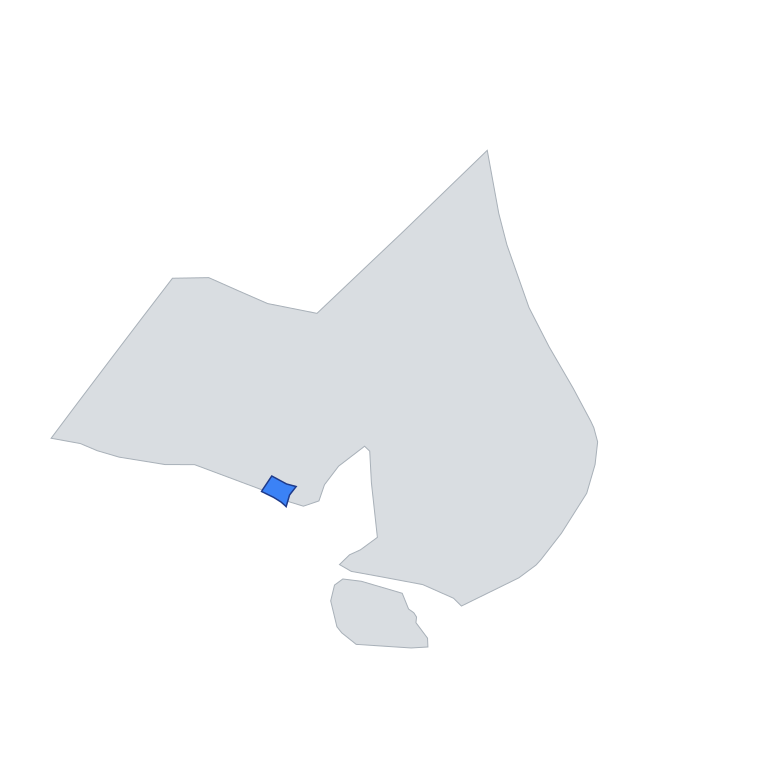 location of Mubarak Al-Kabeer within Kuwait, rotated 128°
{"feature_id": "KWT-1666", "entity_name": "Mubarak Al-Kabeer", "entity_type": "Province", "adm_level": 1, "iso_a3": "KWT", "parent_name": "Kuwait", "parent_adm1": "", "projection": "albers", "projection_center": [48.072, 29.26], "detail": "fine", "context": "in_parent", "style": "filled", "palette": "blue", "viewbox_px": 768, "rotation_deg": 128, "n_neighbors": 0, "source": "natural_earth", "source_scale": "10m", "svg_char_len": 1170}
<svg xmlns="http://www.w3.org/2000/svg" viewBox="0 0 768 768"><g transform="rotate(128 384 384)"><path d="M631.7,612.9L586.5,613.8L529.4,614.7L483.2,615.3L430.9,615.8L408.1,587.6L400.4,556.9L392.3,525.3L369.6,480.3L293.4,468.9L252.9,462.8L186.3,453.5L136.3,446.5L178.9,398.6L198.7,372.8L234.5,316.8L253.0,276.9L270.8,232.5L286.1,198.0L289.3,191.7L298.1,180.0L317.5,168.1L345.3,157.0L392.4,152.3L425.4,152.2L432.9,152.7L453.7,158.4L511.3,186.3L510.0,197.3L518.2,229.9L536.6,265.5L551.8,294.4L553.7,307.9L539.8,306.0L529.2,300.5L508.9,294.8L469.6,333.1L445.7,353.9L445.0,361.0L476.7,369.2L500.0,368.9L516.2,363.3L529.9,372.3L539.0,396.0L542.6,415.2L564.2,483.7L582.2,506.8L604.7,547.7L613.1,568.9L617.9,586.7L631.7,612.9ZM587.7,292.5L572.9,299.2L563.0,296.4L553.4,280.4L537.7,240.8L546.2,226.1L545.9,219.7L547.6,214.9L552.4,211.9L557.5,193.2L564.2,187.5L575.3,200.1L606.3,245.6L606.1,264.1L604.3,271.6L587.7,292.5Z" fill="#d9dde1" stroke="#a8b0b8" stroke-width="1"/><path d="M540.9,385.6L540.7,387.0L540.4,392.5L541.3,401.2L544.1,414.3L541.8,414.6L525.6,415.8L522.8,399.3L518.9,390.1L529.6,390.1L540.9,385.6Z" fill="#3b82f6" stroke="#1e3a8a" stroke-width="1.5"/></g></svg>